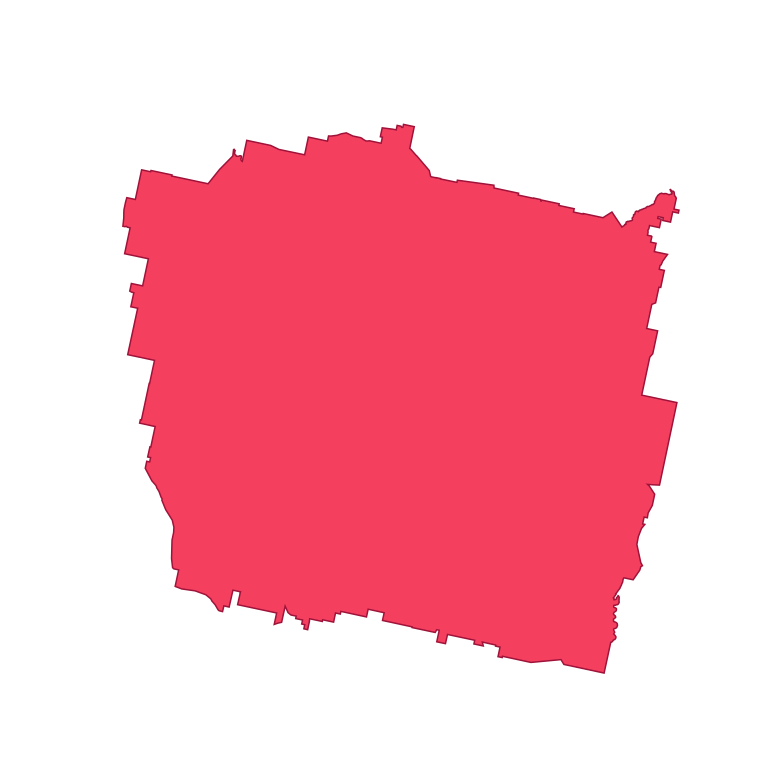 outline of Kojonup, Western Australia, Australia, rotated 102°
{"feature_id": "25037944B18898865249121", "entity_name": "Kojonup", "entity_type": "district", "adm_level": 2, "iso_a3": "AUS", "parent_name": "Australia", "parent_adm1": "Western Australia", "projection": "natural_earth1", "projection_center": [116.95, -33.925], "detail": "fine", "context": "isolated", "style": "filled", "palette": "rose", "viewbox_px": 768, "rotation_deg": 102, "n_neighbors": 0, "source": "geoboundaries", "source_scale": "gbopen_adm2", "svg_char_len": 6075}
<svg xmlns="http://www.w3.org/2000/svg" viewBox="0 0 768 768"><g transform="rotate(102 384 384)"><path d="M224.9,665.6L255.2,665.6L255.2,674.3L259.5,674.6L267.3,674.6L270.1,674.2L275.5,673.1L284.0,672.2L284.0,670.2L283.4,668.8L284.0,667.5L284.0,664.8L310.5,664.8L310.5,640.5L338.2,640.5L338.2,652.0L346.0,652.0L346.7,649.7L346.7,647.7L361.1,647.7L361.1,640.7L408.6,640.8L408.6,613.4L432.2,613.4L432.2,613.8L469.6,613.8L469.6,614.9L473.1,614.9L473.2,599.0L494.1,599.0L494.1,599.9L504.5,600.0L504.5,597.0L508.9,597.0L508.9,600.0L516.1,600.0L527.0,590.9L530.8,585.8L532.9,584.6L535.8,581.8L541.2,578.4L542.4,577.2L543.9,577.1L552.3,571.4L561.2,562.8L567.9,559.7L573.2,558.9L580.7,558.9L599.0,555.5L607.6,552.6L608.5,551.2L608.5,546.2L625.4,546.2L626.5,539.2L625.6,525.8L627.2,514.4L630.2,508.7L632.0,507.3L635.1,503.2L639.2,499.5L639.9,498.6L640.1,497.6L640.2,494.6L634.3,494.5L634.4,489.1L617.1,488.9L617.1,481.5L618.0,481.4L617.8,481.2L630.3,481.3L630.3,441.4L642.0,441.4L640.0,438.1L638.4,434.6L621.9,434.5L627.6,430.3L629.3,427.0L629.3,421.6L631.8,421.6L631.8,414.6L635.9,414.6L635.9,411.5L640.1,411.5L640.2,407.6L631.9,407.6L629.1,407.9L629.1,395.0L627.4,395.0L627.4,383.8L618.1,383.8L618.1,378.9L615.4,378.9L615.5,352.7L607.6,352.7L607.7,336.3L615.6,336.3L615.7,305.9L616.4,305.9L616.4,282.3L613.4,281.3L613.4,278.8L625.2,278.8L625.2,269.9L615.8,269.8L615.8,242.0L619.6,242.0L619.6,232.4L616.0,234.2L616.1,220.6L616.2,220.4L617.2,220.4L617.2,215.8L627.0,215.8L627.0,211.5L625.7,211.5L625.8,182.4L616.8,153.6L620.9,149.7L621.0,108.6L589.7,108.5L589.7,108.3L588.3,106.9L587.3,106.7L586.5,106.0L585.8,105.0L584.2,104.4L583.0,104.6L582.6,104.9L581.3,106.4L580.8,107.3L579.8,107.2L579.3,106.8L578.9,106.7L578.5,106.9L577.0,108.2L576.3,108.4L575.5,108.1L575.2,107.2L574.4,106.2L573.6,105.7L571.5,105.4L569.8,106.1L569.1,107.1L568.8,108.1L568.6,109.9L568.3,110.2L567.4,110.3L566.8,110.6L566.3,110.6L564.4,109.0L563.9,108.9L563.4,109.1L563.1,109.5L562.8,109.5L561.7,111.3L561.4,111.6L560.9,111.8L559.5,111.5L558.2,110.1L557.3,109.7L556.5,109.8L556.2,109.7L555.4,110.0L554.9,110.7L554.7,112.7L553.5,113.2L552.8,113.2L552.6,112.9L552.5,112.4L552.2,111.5L551.9,111.2L551.2,109.6L550.9,109.3L549.9,108.9L549.0,108.6L548.6,108.6L547.0,109.1L543.7,109.6L543.3,109.9L542.5,110.6L542.4,111.0L543.8,111.5L544.7,112.1L545.7,112.0L546.1,112.1L546.8,112.9L546.8,113.5L547.0,113.7L547.1,114.3L546.2,114.3L545.8,115.0L545.4,115.2L544.4,114.5L542.3,113.7L541.6,113.3L541.3,113.4L541.0,113.7L540.5,113.3L539.6,113.1L538.6,112.4L537.4,112.1L536.0,111.3L534.6,110.7L533.5,110.6L531.6,110.0L529.6,109.8L528.6,109.4L525.1,109.5L523.7,109.0L523.7,99.6L512.9,95.1L509.3,94.8L508.0,93.4L505.3,95.7L488.4,103.3L480.5,103.5L471.8,102.1L467.1,99.7L467.1,101.9L460.1,101.9L460.1,98.6L455.2,98.8L447.0,96.3L435.6,96.3L428.6,103.3L427.4,105.3L426.7,100.1L425.6,93.5L341.3,93.6L341.3,129.6L302.5,129.6L298.5,127.4L275.1,127.4L275.1,138.6L250.4,138.6L248.2,135.2L232.2,135.2L232.0,133.4L221.5,133.4L214.6,133.4L214.6,138.6L210.6,138.6L209.8,137.7L205.8,136.9L198.3,133.6L198.3,147.1L189.8,147.1L189.8,152.7L184.2,152.6L183.7,153.1L183.7,157.2L180.9,157.2L178.6,157.8L177.2,157.2L173.8,157.2L173.8,147.1L165.1,147.1L165.1,150.7L163.3,150.7L163.3,145.4L166.1,145.4L166.1,137.4L155.6,137.4L155.6,131.6L152.6,131.6L152.6,136.7L141.4,136.7L141.2,137.2L140.3,137.6L139.7,138.5L138.7,139.2L136.3,140.0L135.5,140.6L135.3,141.2L135.5,141.6L135.4,142.3L134.2,144.3L134.4,144.5L134.7,144.2L135.6,143.9L136.0,143.1L137.0,142.6L137.2,142.0L138.1,141.9L138.7,142.5L138.8,143.4L139.5,144.3L139.6,145.1L139.4,145.5L139.3,146.6L139.1,147.2L139.2,148.3L139.4,149.1L139.7,149.4L139.6,149.7L139.8,150.1L139.8,151.0L139.7,152.4L140.1,152.7L140.2,153.0L140.3,153.5L140.6,153.8L140.9,153.9L141.5,154.3L141.6,154.7L142.9,155.6L143.5,155.6L144.9,156.3L146.4,156.6L146.6,156.5L147.2,156.7L148.0,156.7L148.5,157.0L149.2,157.3L149.7,157.3L150.0,157.1L151.1,157.1L151.7,157.6L152.3,157.8L152.4,158.2L152.6,158.4L152.5,158.6L152.7,159.1L153.6,159.7L153.9,160.1L153.9,160.3L154.3,160.7L154.5,161.0L155.3,161.8L155.5,163.0L156.2,163.9L156.7,164.3L157.3,164.4L157.7,165.1L158.0,165.5L158.6,166.8L158.9,167.0L159.5,167.6L159.5,168.1L160.0,168.5L160.3,169.1L160.6,169.4L160.6,169.8L161.1,170.3L162.4,170.9L162.2,171.2L162.4,171.3L162.4,171.9L162.6,172.1L162.6,172.4L162.8,172.7L162.5,172.4L162.3,172.5L162.3,172.8L162.6,173.2L162.8,173.5L163.6,174.0L165.5,173.9L166.3,174.7L166.2,174.7L166.5,175.0L166.8,175.1L167.0,174.8L166.8,174.7L167.4,174.8L169.2,175.1L169.5,175.5L169.8,175.7L170.8,175.6L171.3,175.2L172.2,175.2L172.8,175.9L173.5,177.6L174.2,178.4L174.3,178.8L174.1,179.0L174.2,179.4L174.4,179.7L174.7,179.8L175.0,180.6L175.5,180.8L176.4,180.8L176.8,180.6L177.1,180.6L177.5,180.9L177.4,181.1L177.5,181.2L177.6,180.9L178.4,181.8L179.5,182.3L180.3,183.5L181.0,183.9L168.4,196.8L175.6,204.2L175.8,204.3L175.8,224.6L176.4,224.6L176.4,234.4L173.0,234.4L173.0,250.1L171.3,250.1L171.3,268.2L173.0,268.2L171.0,269.3L171.0,276.3L171.3,276.3L171.3,292.0L169.4,292.0L169.4,317.1L166.7,317.8L169.4,354.6L171.6,354.6L171.7,371.4L171.3,371.4L171.3,375.8L171.5,375.8L171.5,381.0L171.0,381.7L165.8,384.1L153.8,399.7L153.8,400.0L149.1,406.2L148.7,406.8L148.3,407.8L126.0,407.9L126.0,418.9L129.0,418.9L129.2,419.1L129.2,420.1L128.3,420.9L128.3,424.9L132.9,424.9L132.9,428.1L133.8,439.0L142.9,439.0L142.9,436.9L149.1,436.9L149.1,448.7L149.8,450.9L150.0,452.3L149.1,455.0L148.3,456.5L147.9,458.0L147.9,466.0L146.2,473.0L148.2,477.9L150.4,481.4L152.5,487.4L152.9,489.8L158.2,489.8L158.2,509.3L176.3,509.3L176.4,535.5L174.2,544.5L174.2,568.9L195.7,568.9L195.4,569.6L194.5,570.5L193.2,570.9L192.9,570.6L192.2,570.6L190.9,570.9L190.6,571.2L190.5,571.6L190.8,572.4L190.8,572.7L191.5,573.7L191.7,574.4L191.7,575.3L191.9,575.6L191.5,576.2L190.9,576.5L190.8,577.2L190.2,577.6L189.9,578.2L189.6,578.4L189.1,578.1L188.7,578.2L188.3,578.1L187.6,578.5L187.4,578.4L187.1,578.1L186.8,578.0L185.6,579.4L186.1,579.9L192.4,579.3L208.2,589.4L224.7,597.7L224.7,634.8L223.6,634.8L223.6,656.3L224.9,656.5L224.9,665.6Z" fill="#f43f5e" stroke="#9f1239" stroke-width="1.5"/></g></svg>